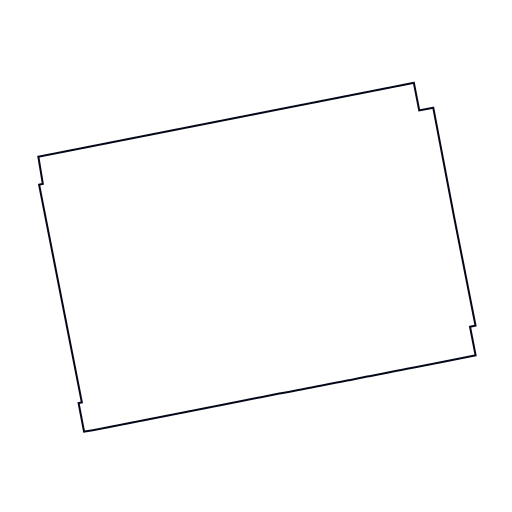 outline of Cheyenne, Nebraska, United States of America, rotated 349°
{"feature_id": "52423323B82080185563288", "entity_name": "Cheyenne", "entity_type": "district", "adm_level": 2, "iso_a3": "USA", "parent_name": "United States of America", "parent_adm1": "Nebraska", "projection": "robinson", "projection_center": [-102.944, 41.22], "detail": "fine", "context": "isolated", "style": "outline", "palette": "ink", "viewbox_px": 512, "rotation_deg": 349, "n_neighbors": 0, "source": "geoboundaries", "source_scale": "gbopen_adm2", "svg_char_len": 746}
<svg xmlns="http://www.w3.org/2000/svg" viewBox="0 0 512 512"><g transform="rotate(349 256 256)"><path d="M444.0,116.1L61.3,117.0L60.5,144.5L56.7,144.6L57.1,366.5L53.8,366.5L53.7,395.6L62.7,395.9L63.9,395.9L213.3,395.6L214.0,395.6L222.9,395.5L223.7,395.5L231.3,395.5L233.8,395.6L253.0,395.4L254.0,395.5L263.1,395.7L263.8,395.7L273.1,395.6L273.7,395.7L274.6,395.7L275.2,395.7L283.0,395.6L283.9,395.7L293.1,395.6L293.9,395.7L303.0,395.6L303.9,395.6L313.0,395.6L313.9,395.7L323.3,395.6L324.4,395.8L333.0,395.6L334.5,395.6L343.0,395.5L344.5,395.7L372.7,395.5L376.3,395.6L382.6,395.5L390.5,395.6L435.6,395.5L452.6,395.4L452.6,366.3L458.2,366.2L457.9,255.3L458.3,144.3L444.0,144.2L444.0,116.1Z" fill="none" stroke="#020617" stroke-width="2"/></g></svg>